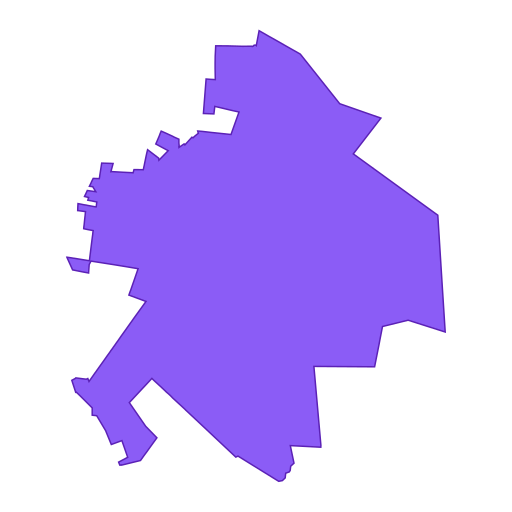 Villa de Arista, San Luis Potosí, Mexico
{"feature_id": "50627088B5681346085282", "entity_name": "Villa de Arista", "entity_type": "district", "adm_level": 2, "iso_a3": "MEX", "parent_name": "Mexico", "parent_adm1": "San Luis Potosí", "projection": "mercator", "projection_center": [-100.881, 22.664], "detail": "fine", "context": "isolated", "style": "filled", "palette": "violet", "viewbox_px": 512, "rotation_deg": 0, "n_neighbors": 0, "source": "geoboundaries", "source_scale": "gbopen_adm2", "svg_char_len": 3088}
<svg xmlns="http://www.w3.org/2000/svg" viewBox="0 0 512 512"><path d="M119.9,465.2L121.6,464.9L121.7,465.1L140.5,460.5L144.2,455.3L147.1,451.4L149.3,448.3L156.9,437.8L145.7,426.3L129.3,402.6L151.9,378.4L153.8,380.3L156.5,382.8L163.0,388.8L165.2,390.9L166.4,392.1L167.6,393.1L170.4,395.6L172.9,398.2L183.8,408.2L185.4,409.7L185.5,409.9L196.0,419.7L235.8,457.1L238.0,456.1L278.7,481.3L282.4,480.6L285.2,477.9L285.7,473.2L289.3,471.9L290.2,470.4L290.7,466.2L294.0,463.2L290.3,445.6L320.8,447.2L320.9,445.3L313.9,366.4L374.6,366.8L379.1,344.1L379.8,340.3L382.5,326.5L408.1,320.2L445.2,332.0L442.3,286.8L437.8,215.2L353.3,153.9L380.9,118.1L339.7,103.7L300.3,54.1L291.1,48.9L270.7,37.3L269.4,36.6L259.1,30.7L256.3,45.5L256.1,45.3L255.8,45.2L255.3,45.1L254.8,45.1L254.4,45.2L254.2,45.2L253.9,45.3L253.7,45.7L253.5,45.9L253.3,46.1L253.1,46.2L252.7,46.3L252.2,46.5L252.0,46.2L242.5,46.3L228.1,45.9L215.7,45.8L215.2,56.1L215.1,63.2L215.1,68.4L215.3,79.6L209.9,79.3L206.1,79.0L203.4,113.5L213.9,113.9L214.8,106.4L220.0,107.6L231.7,110.4L235.3,111.2L239.0,112.0L231.0,134.5L210.9,132.4L202.3,131.4L197.7,131.0L198.3,133.3L194.8,136.1L193.0,137.8L191.9,137.2L184.9,144.9L184.1,143.9L179.0,147.4L179.0,147.2L179.0,146.9L178.9,146.4L179.2,146.0L178.9,143.1L178.9,139.2L174.4,137.2L172.3,136.1L166.2,133.3L161.2,131.1L160.2,133.4L159.2,136.1L157.4,140.3L155.8,144.0L168.2,150.7L158.9,160.2L158.6,158.1L147.6,149.7L146.8,152.9L145.9,157.1L144.4,164.4L144.2,165.6L144.1,165.8L143.3,169.7L134.0,169.6L133.1,172.8L132.2,172.7L122.1,172.2L111.7,171.6L110.9,171.7L113.1,163.5L111.3,163.4L104.7,163.2L101.7,163.1L99.8,175.4L99.6,176.9L99.3,178.6L93.2,178.4L91.8,181.2L91.3,182.3L90.9,183.3L90.0,185.0L89.4,186.3L92.8,186.7L93.3,187.7L94.3,189.2L94.6,189.8L95.1,190.5L95.8,191.7L87.3,190.5L85.7,194.0L85.0,195.4L84.5,196.5L88.6,197.5L87.8,200.2L91.6,200.9L93.9,201.4L96.8,202.0L96.2,206.8L95.4,206.8L90.9,206.0L87.1,205.3L86.3,205.1L84.2,204.8L80.7,204.1L79.6,203.9L78.0,203.6L77.8,207.3L77.7,210.6L78.9,210.7L80.2,210.9L85.5,211.6L85.2,214.4L85.2,214.7L84.6,220.0L84.2,224.1L83.8,227.4L83.7,228.7L84.5,228.9L87.9,229.6L93.2,230.6L93.1,231.1L92.8,233.2L92.7,234.5L92.5,235.8L91.6,242.8L89.4,260.7L88.5,260.6L83.6,259.8L77.4,258.8L76.3,258.6L74.4,258.3L72.6,258.1L72.4,258.0L67.0,257.2L66.9,257.2L67.0,257.5L72.6,269.9L77.6,270.9L82.6,271.9L88.6,273.0L88.7,271.2L89.2,264.5L91.0,261.1L100.6,262.6L114.0,264.7L125.7,266.6L138.1,268.7L134.7,278.6L132.5,284.9L130.7,290.1L129.8,292.4L128.9,295.1L144.8,301.0L146.0,301.4L144.5,303.5L143.5,304.9L134.1,317.9L132.5,320.2L130.2,323.4L124.6,331.3L121.3,335.9L119.0,339.2L117.7,341.1L117.0,342.0L114.5,345.6L113.1,347.5L112.9,347.9L110.8,350.7L110.3,351.5L108.8,353.6L108.3,354.3L107.7,355.1L107.2,355.8L103.7,360.8L103.2,361.5L100.6,365.1L97.2,369.9L95.6,372.2L95.1,372.8L93.3,375.4L90.9,378.8L89.0,381.5L87.8,378.5L86.3,379.2L75.8,377.9L75.2,378.5L71.8,380.3L75.7,392.3L76.2,392.1L80.2,395.9L92.2,407.9L92.2,415.2L96.7,415.7L105.6,430.6L111.3,444.5L121.9,440.6L127.7,457.3L118.6,462.1L119.3,463.9L119.9,465.2Z" fill="#8b5cf6" stroke="#5b21b6" stroke-width="1.5"/></svg>